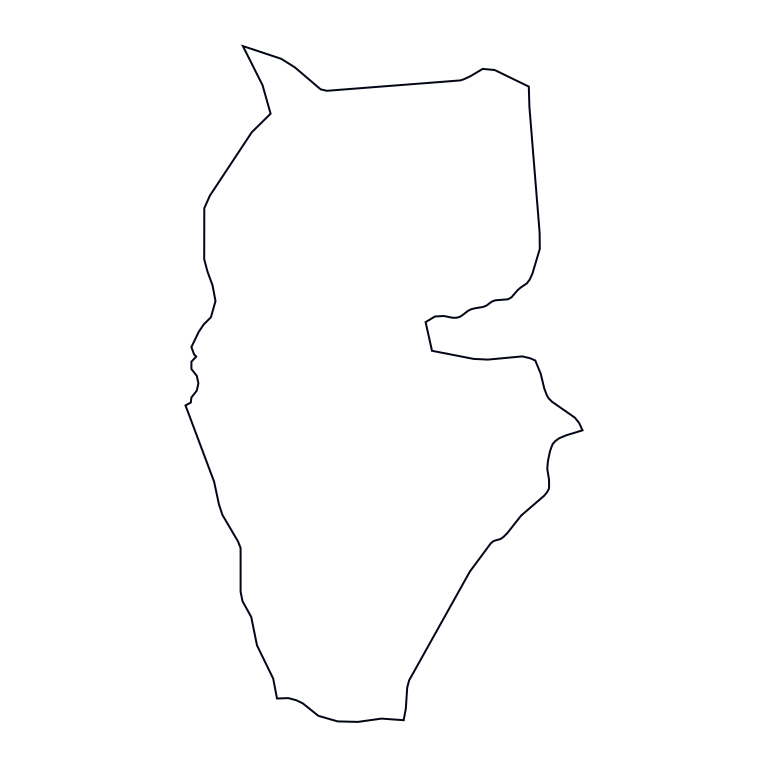 outline of Tartus
{"feature_id": "SYR-135", "entity_name": "Tartus", "entity_type": "Province", "adm_level": 1, "iso_a3": "SYR", "parent_name": "Syria", "parent_adm1": "", "projection": "robinson", "projection_center": [36.109, 34.945], "detail": "fine", "context": "isolated", "style": "outline", "palette": "ink", "viewbox_px": 768, "rotation_deg": 0, "n_neighbors": 0, "source": "natural_earth", "source_scale": "10m", "svg_char_len": 1578}
<svg xmlns="http://www.w3.org/2000/svg" viewBox="0 0 768 768"><path d="M357.9,721.9L337.6,721.4L318.3,715.8L302.7,703.3L296.2,700.2L288.3,698.1L277.0,698.5L273.2,678.6L257.0,645.4L251.2,616.9L242.5,601.2L240.6,591.7L240.6,548.0L238.0,541.4L222.4,514.9L218.9,504.2L214.1,481.7L185.5,405.4L190.8,402.6L191.4,397.5L196.8,390.6L198.4,383.3L196.8,375.9L191.4,369.0L191.4,361.7L195.9,357.0L196.2,356.4L194.2,354.7L191.4,347.1L198.6,332.1L203.8,324.3L210.9,317.3L215.5,301.1L212.6,285.6L207.4,271.3L204.2,259.2L204.3,208.2L209.9,195.6L251.8,132.2L270.6,113.7L262.5,85.1L242.9,46.1L243.2,46.2L281.2,58.8L294.9,67.4L320.6,89.3L326.8,90.8L460.4,80.4L464.0,79.2L470.4,76.2L482.7,68.9L494.6,70.0L528.8,86.6L529.4,106.8L539.6,232.4L539.8,248.8L532.5,273.4L529.7,279.6L526.7,283.5L520.6,287.6L517.4,290.4L511.4,297.4L507.9,299.3L495.4,300.3L491.8,301.6L486.3,305.7L482.8,307.0L474.8,308.3L471.1,309.3L467.9,310.9L462.4,315.2L459.5,317.0L456.0,317.8L452.2,317.7L443.9,316.0L434.9,316.5L425.6,322.1L432.0,350.8L473.6,358.9L487.9,359.6L522.2,356.4L530.0,358.2L535.3,360.5L540.7,373.7L544.3,388.6L546.9,395.4L548.7,398.4L552.1,401.8L574.9,417.7L579.2,423.1L582.5,430.3L566.2,435.3L559.3,438.2L556.4,440.2L555.1,441.3L552.7,444.0L551.5,447.0L550.0,451.3L548.0,460.7L547.5,465.5L547.3,469.2L549.0,479.4L549.1,486.6L548.9,488.8L547.2,492.0L544.3,495.6L521.2,515.5L507.3,533.1L503.6,536.8L500.6,539.0L494.8,540.6L493.1,541.4L491.7,542.5L490.5,543.7L469.9,571.5L409.1,680.4L407.2,687.7L405.8,708.9L403.7,719.9L403.7,720.2L381.5,718.6L357.9,721.9Z" fill="none" stroke="#020617" stroke-width="2"/></svg>